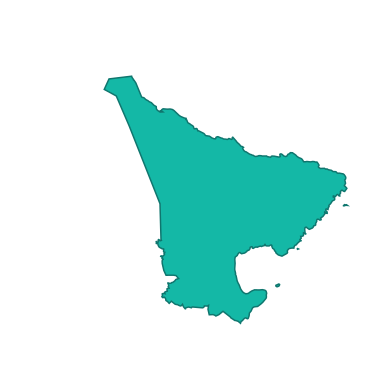 outline of Gazelle District, East New Britain, Papua New Guinea, rotated 126°
{"feature_id": "67681753B97447526422364", "entity_name": "Gazelle District", "entity_type": "district", "adm_level": 2, "iso_a3": "PNG", "parent_name": "Papua New Guinea", "parent_adm1": "East New Britain", "projection": "robinson", "projection_center": [151.83, -4.567], "detail": "fine", "context": "isolated", "style": "filled", "palette": "teal", "viewbox_px": 384, "rotation_deg": 126, "n_neighbors": 0, "source": "geoboundaries", "source_scale": "gbopen_adm2", "svg_char_len": 5925}
<svg xmlns="http://www.w3.org/2000/svg" viewBox="0 0 384 384"><g transform="rotate(126 192 192)"><path d="M269.7,75.6L267.9,76.2L266.4,75.6L264.3,75.5L262.8,75.0L262.2,74.5L262.1,72.9L261.7,72.4L261.0,72.3L258.7,73.0L256.2,74.4L253.5,74.2L250.4,74.9L249.2,74.6L248.2,74.0L246.0,71.6L242.4,70.5L239.6,69.9L234.5,69.6L233.3,70.0L231.6,71.4L230.0,72.1L229.1,73.2L228.6,74.0L228.6,75.3L229.6,77.6L231.8,80.1L234.4,83.9L237.0,85.5L239.3,86.4L240.9,86.8L242.1,88.0L242.7,88.6L243.1,90.6L243.0,92.5L241.9,95.5L239.5,99.2L238.3,101.7L237.3,103.3L234.0,106.9L232.9,108.7L232.2,108.9L229.9,111.6L228.7,112.5L224.4,115.2L221.3,117.8L219.3,118.8L216.8,118.1L215.1,118.4L213.2,118.2L212.7,117.5L212.9,116.4L212.8,115.6L210.4,113.5L208.0,112.7L206.8,112.8L205.8,111.8L204.0,111.7L202.6,112.4L201.6,112.0L201.1,111.5L201.0,111.1L201.8,110.4L201.8,109.7L201.6,109.3L199.8,108.6L199.1,108.1L198.0,106.4L197.4,106.3L195.6,104.9L195.3,103.8L194.9,103.5L194.1,103.1L193.1,102.1L191.6,102.3L191.4,102.0L192.1,101.1L191.7,99.8L190.3,97.9L188.8,97.3L188.2,96.6L188.3,96.0L189.1,95.4L190.2,93.6L190.1,92.5L190.3,91.5L191.0,90.7L191.1,89.4L192.0,88.1L192.2,85.2L191.0,81.5L185.9,79.1L184.9,79.1L183.6,80.3L183.1,80.4L181.6,80.4L180.5,80.0L178.7,78.3L177.5,76.6L176.4,77.2L174.7,77.4L173.3,76.5L172.1,76.6L170.3,76.3L168.2,75.8L167.5,75.1L167.2,75.2L167.3,76.2L167.0,76.8L165.2,76.5L164.0,78.0L163.4,77.1L161.9,76.2L161.3,76.7L160.6,76.8L160.0,77.5L159.5,77.8L159.1,74.7L158.8,76.2L158.4,76.7L155.8,79.0L154.4,79.6L153.7,79.3L153.2,78.7L153.4,77.6L153.3,75.3L153.1,75.0L150.3,73.4L149.4,73.3L147.7,73.6L146.8,72.8L145.9,72.6L145.0,73.4L142.3,73.9L141.5,74.6L140.6,74.7L140.1,74.3L139.6,73.3L139.7,72.3L138.9,71.3L138.4,71.3L137.5,72.6L134.8,71.7L131.5,71.7L131.1,71.9L130.4,72.9L130.2,72.9L130.4,71.1L129.9,70.1L129.6,70.1L128.5,71.4L128.5,72.5L128.0,73.2L127.5,73.5L126.8,73.5L126.2,71.7L124.5,72.6L123.3,72.5L122.4,73.4L119.9,73.0L116.7,73.2L114.9,72.2L114.3,72.1L113.1,73.0L112.9,74.0L113.0,74.9L112.1,75.3L111.4,73.3L109.0,73.2L108.4,72.7L108.7,70.7L108.4,70.1L107.4,70.9L106.6,71.2L105.4,71.2L104.7,72.1L102.9,72.1L102.3,71.5L102.3,70.3L102.1,69.2L101.8,68.8L98.1,68.8L97.8,69.4L97.8,70.2L97.4,71.0L97.5,72.2L97.1,72.6L94.7,72.9L92.4,75.5L91.2,75.4L90.1,75.9L89.3,76.9L88.5,79.1L88.5,80.4L90.2,84.0L91.1,85.0L91.3,85.7L91.0,87.2L91.1,87.7L92.6,90.0L92.5,91.9L93.8,94.7L94.0,96.4L94.9,97.2L95.0,98.8L97.5,102.0L97.7,104.1L97.0,104.8L96.0,104.8L95.5,105.2L94.3,108.3L94.4,108.7L95.1,109.4L95.5,110.8L96.3,112.2L98.1,114.0L99.8,117.0L100.8,117.9L101.9,119.4L100.8,122.1L100.8,123.6L101.4,125.7L101.5,128.0L101.1,129.8L101.2,133.8L102.3,135.5L102.8,135.7L103.5,135.5L105.0,136.5L107.2,136.4L108.2,137.0L108.9,138.9L108.6,141.1L108.8,142.3L109.4,143.0L110.2,142.9L111.3,141.5L111.9,141.6L112.7,142.3L114.6,146.4L115.8,148.3L116.4,148.8L117.7,148.8L119.1,151.9L119.0,152.8L121.6,156.3L122.1,157.6L123.2,159.2L124.8,160.3L126.0,161.6L126.3,162.5L126.3,163.9L126.7,164.7L127.0,166.3L127.5,167.5L127.7,171.8L128.1,172.7L128.0,174.3L127.2,176.3L126.7,176.8L125.6,176.6L125.7,178.1L126.2,179.3L125.6,181.7L125.3,184.7L124.7,186.6L123.7,191.2L124.2,191.4L125.7,190.7L126.3,191.0L126.8,193.1L127.2,193.7L128.5,194.1L128.9,194.6L129.3,195.6L130.6,197.7L130.7,199.1L131.1,199.9L132.0,203.5L132.5,204.1L133.7,204.7L134.9,204.2L135.2,204.3L135.9,205.4L136.5,207.4L136.6,210.7L138.2,213.8L138.3,214.6L137.8,215.9L137.7,217.0L138.6,222.6L139.1,223.3L138.0,224.8L138.0,225.7L139.5,227.3L139.1,228.3L138.2,229.3L138.0,230.4L138.2,232.3L138.1,234.3L138.4,235.0L138.3,236.3L136.8,238.6L136.8,239.0L137.0,239.6L135.9,240.0L136.7,241.9L137.5,245.4L137.6,247.6L136.7,254.2L136.7,255.9L136.9,256.7L137.8,258.6L139.4,260.5L141.7,264.3L143.0,264.8L144.1,264.8L145.1,265.4L145.2,265.0L144.3,263.9L144.3,262.6L145.9,264.5L146.2,265.5L146.2,268.1L145.8,269.5L143.9,271.2L144.2,273.8L143.6,277.4L144.1,279.7L144.0,281.8L144.3,282.6L144.3,284.3L144.0,286.0L144.3,287.2L144.7,287.9L144.7,288.7L136.8,301.5L135.6,304.7L135.8,305.1L135.3,305.7L134.5,308.0L133.8,308.9L149.3,325.6L160.6,323.3L158.8,309.7L175.5,281.6L220.3,211.0L248.6,189.2L249.1,188.3L250.0,188.9L250.0,190.9L250.1,191.1L250.9,191.1L251.3,190.3L251.8,190.4L252.2,190.0L252.8,189.9L253.2,190.4L253.1,191.4L253.1,191.8L253.3,191.8L254.1,190.8L254.6,190.6L254.0,189.1L255.2,187.8L255.9,186.1L255.7,184.1L255.4,183.4L255.6,182.7L254.8,181.8L254.8,181.3L256.7,180.2L257.1,179.7L257.1,179.2L256.7,178.6L257.1,178.3L258.3,178.4L258.8,177.5L259.3,177.6L260.5,177.7L261.3,178.4L261.5,179.0L262.3,179.6L262.5,179.5L261.9,177.8L262.1,177.6L262.4,177.9L263.3,177.3L263.2,176.0L263.4,175.8L263.8,176.2L265.4,175.6L267.4,174.0L272.0,168.7L274.6,164.1L270.2,158.1L269.0,155.7L269.9,152.0L270.3,152.4L271.0,152.6L271.6,153.3L272.5,153.7L273.4,153.6L274.9,153.9L276.4,154.4L277.1,155.1L278.2,155.4L279.3,156.8L279.6,158.0L279.9,158.0L281.0,156.3L281.7,155.7L282.4,155.7L283.3,154.1L283.7,154.7L285.1,155.3L286.8,153.7L287.3,154.2L288.7,155.1L289.5,155.0L290.1,154.1L290.4,155.1L291.7,156.2L292.1,156.2L292.6,155.3L293.4,155.0L294.8,154.9L294.5,154.8L294.7,153.7L294.4,153.2L293.5,152.9L293.3,152.2L294.0,150.4L295.1,149.3L295.0,147.4L295.5,145.0L292.5,144.5L292.7,139.8L292.3,138.6L291.7,137.7L291.3,135.2L290.8,134.1L290.1,133.8L288.4,133.7L289.8,131.6L290.5,128.8L290.2,128.6L289.7,128.9L289.0,128.7L287.1,127.2L286.0,124.4L284.9,124.3L279.6,115.5L278.8,114.9L277.4,114.7L276.9,115.0L275.2,112.5L274.0,112.0L277.5,110.1L281.2,105.9L278.8,102.9L278.3,101.1L278.3,99.8L275.5,98.2L270.3,96.8L270.6,87.6L271.0,86.6L270.8,83.5L270.8,81.9L270.3,81.1L269.5,78.7L269.7,75.6ZM218.2,69.3L218.8,68.8L218.8,67.7L218.4,67.2L217.1,66.4L216.2,66.4L215.3,66.8L215.3,67.3L215.5,67.8L218.2,69.3ZM113.9,61.5L114.1,61.3L113.3,60.3L112.7,60.2L112.4,60.5L112.5,61.1L113.9,61.5ZM176.1,73.4L176.3,72.9L175.5,72.4L175.6,73.3L176.1,73.4ZM111.8,59.9L112.1,59.4L111.5,58.4L111.5,59.6L111.8,59.9Z" fill="#14b8a6" stroke="#0f766e" stroke-width="1.5"/></g></svg>